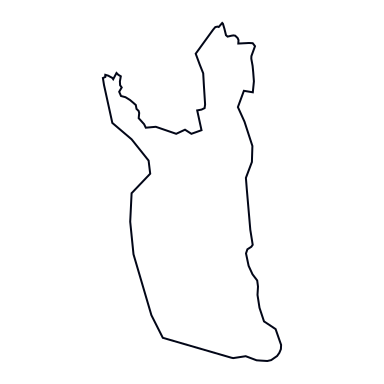 outline of Degema, Rivers, Nigeria
{"feature_id": "59680162B23543460253472", "entity_name": "Degema", "entity_type": "district", "adm_level": 2, "iso_a3": "NGA", "parent_name": "Nigeria", "parent_adm1": "Rivers", "projection": "robinson", "projection_center": [6.907, 4.58], "detail": "fine", "context": "isolated", "style": "outline", "palette": "ink", "viewbox_px": 384, "rotation_deg": 0, "n_neighbors": 0, "source": "geoboundaries", "source_scale": "gbopen_adm2", "svg_char_len": 1477}
<svg xmlns="http://www.w3.org/2000/svg" viewBox="0 0 384 384"><path d="M162.8,337.8L231.3,357.7L233.2,358.1L245.7,356.2L256.6,360.3L260.8,360.6L262.4,360.7L267.3,361.0L271.2,360.1L277.1,356.0L279.3,352.9L280.9,349.1L281.1,344.9L279.7,340.9L275.6,329.1L264.0,321.4L259.5,307.8L257.5,294.9L258.0,286.6L257.2,280.5L252.5,274.3L248.6,265.8L246.0,253.4L247.4,249.3L251.3,246.8L252.7,244.8L250.3,229.8L246.8,189.3L245.9,177.9L251.9,162.0L252.4,146.0L244.5,121.7L237.9,107.1L243.9,90.8L252.8,92.3L253.9,81.5L253.9,81.2L253.2,72.1L252.6,65.9L251.3,58.7L251.4,56.1L255.0,46.2L254.9,46.0L252.7,43.2L249.0,43.0L239.2,43.5L238.3,43.5L238.5,40.1L237.6,38.0L235.2,35.7L233.5,35.4L231.5,35.7L227.6,36.6L226.0,35.2L224.4,28.7L222.9,23.7L222.2,23.0L218.7,27.0L217.5,26.6L215.3,27.1L213.1,29.7L195.7,53.7L197.7,59.1L199.7,64.5L203.2,73.3L203.9,85.6L205.1,104.4L204.6,108.1L201.5,109.6L197.2,110.4L201.5,130.2L196.2,132.1L191.4,133.8L185.0,129.7L176.2,133.8L155.8,126.8L145.8,127.7L144.1,124.2L138.7,118.2L139.2,113.0L138.6,110.9L136.5,108.9L135.8,105.0L130.0,100.0L125.5,97.2L121.0,96.0L119.2,91.8L120.2,90.0L121.7,87.5L120.1,85.2L119.9,81.4L120.8,76.3L118.3,74.8L116.5,73.0L113.2,79.2L112.3,77.9L109.5,76.4L108.3,75.7L105.3,74.8L105.2,75.6L105.4,76.5L105.3,77.0L102.9,78.0L104.0,85.0L105.0,89.5L112.1,121.9L112.3,122.9L131.6,139.3L136.3,145.2L148.6,160.6L150.2,173.7L131.6,193.2L131.0,205.5L130.2,221.7L133.5,254.3L151.4,315.2L162.8,337.8Z" fill="none" stroke="#020617" stroke-width="2"/></svg>